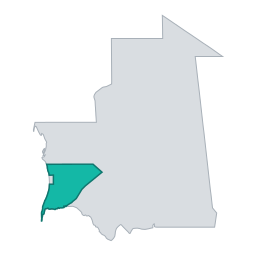 location of Trarza within Mauritania
{"feature_id": "MRT-2788", "entity_name": "Trarza", "entity_type": "Region", "adm_level": 1, "iso_a3": "MRT", "parent_name": "Mauritania", "parent_adm1": "", "projection": "robinson", "projection_center": [-15.679, 17.405], "detail": "fine", "context": "in_parent", "style": "filled", "palette": "teal", "viewbox_px": 256, "rotation_deg": 0, "n_neighbors": 0, "source": "natural_earth", "source_scale": "10m", "svg_char_len": 4760}
<svg xmlns="http://www.w3.org/2000/svg" viewBox="0 0 256 256"><path d="M108.4,239.5L108.0,239.4L106.3,238.1L105.5,236.5L104.2,235.4L102.4,234.6L101.2,233.7L100.6,232.7L100.0,232.1L99.3,231.7L99.2,231.4L99.4,230.9L99.2,230.0L98.1,227.9L97.1,227.0L96.3,227.1L95.8,226.9L95.5,226.5L95.4,225.8L94.8,225.2L93.8,225.0L93.0,223.5L92.3,220.7L91.5,218.6L90.6,217.0L89.9,216.5L89.3,216.4L89.2,216.1L89.0,215.7L88.3,215.5L87.2,216.0L86.2,215.8L85.8,215.1L85.1,215.0L84.3,215.6L83.4,215.4L82.3,214.5L81.8,213.5L81.7,212.5L79.9,210.6L76.6,207.7L72.9,206.3L68.9,206.5L66.7,206.4L66.2,205.9L65.7,205.9L65.3,206.5L64.7,206.6L64.2,206.3L63.8,206.5L63.7,207.3L62.3,207.6L59.6,207.6L57.5,208.1L55.9,209.0L53.6,209.4L50.6,209.3L48.8,208.9L48.2,208.4L47.3,208.3L46.2,208.6L45.2,210.0L44.3,212.6L43.6,214.1L43.0,214.4L42.4,216.4L42.1,219.6L41.5,221.0L41.5,212.9L42.4,209.9L42.7,207.3L44.5,201.5L46.7,196.7L48.7,190.3L49.5,184.2L49.2,178.2L48.6,172.8L47.6,169.3L46.6,164.1L45.2,161.4L42.5,159.1L41.9,157.7L42.5,157.2L44.2,156.8L45.2,155.0L43.0,155.7L45.5,150.1L46.3,146.2L46.2,143.7L46.7,142.2L44.8,138.8L43.3,134.5L42.5,133.9L41.7,133.5L41.6,134.5L41.2,135.4L40.3,134.9L38.6,131.8L36.3,126.7L35.5,126.2L34.9,126.9L34.4,127.6L33.7,131.8L33.4,130.1L33.8,128.1L34.3,125.7L35.0,122.4L37.0,122.4L40.5,122.4L47.7,122.3L51.2,122.3L58.4,122.3L61.9,122.3L69.1,122.3L72.6,122.3L79.7,122.3L83.3,122.3L90.4,122.3L94.0,122.3L96.4,122.3L96.2,119.9L96.1,118.0L95.9,115.5L95.8,112.9L95.6,110.4L95.5,108.0L95.3,105.6L95.2,103.4L95.1,101.4L94.9,100.2L94.1,97.9L93.9,96.8L94.1,95.6L94.6,94.4L96.0,92.3L98.1,90.7L100.5,88.9L102.3,87.5L103.3,87.1L106.2,86.6L108.4,85.6L110.6,84.5L111.6,84.0L111.7,82.0L111.4,38.5L122.3,38.5L125.1,38.5L145.2,38.5L148.1,38.5L162.7,38.5L162.7,36.5L162.6,33.6L162.6,29.5L162.5,25.5L162.4,18.4L162.3,15.4L165.2,17.3L171.1,21.3L174.0,23.3L179.9,27.3L185.7,31.3L191.6,35.2L194.5,37.2L197.5,39.2L200.4,41.2L203.3,43.2L209.2,47.1L211.7,48.8L215.5,51.5L219.0,54.0L222.6,56.5L217.2,56.5L210.0,56.5L205.0,56.5L200.0,56.5L195.2,56.5L195.7,60.6L196.2,65.1L196.7,69.5L197.2,74.0L197.7,78.5L199.3,91.9L199.8,96.4L200.3,100.8L200.8,105.3L201.3,109.8L202.3,118.7L202.8,123.2L203.3,127.6L203.9,132.1L204.4,136.6L204.9,141.0L205.9,150.0L206.4,154.4L206.9,158.9L207.4,163.4L207.9,167.8L208.4,172.3L208.9,176.8L209.4,181.2L210.4,190.2L211.0,194.6L211.5,199.1L212.0,203.6L212.5,207.9L214.4,210.2L216.7,213.0L216.1,217.1L215.4,221.9L214.6,227.2L208.0,227.2L201.6,227.2L185.6,227.2L182.4,227.2L166.4,227.2L163.2,227.2L157.0,227.2L155.2,227.0L154.5,226.6L154.3,223.9L153.7,224.1L153.1,224.9L152.8,225.7L152.9,226.9L152.8,227.8L150.7,228.2L148.0,228.9L145.0,229.4L142.1,229.2L141.1,229.0L140.0,228.6L137.7,228.2L136.4,228.2L134.9,228.3L133.2,228.5L132.6,229.0L131.3,231.0L130.1,233.4L129.3,233.4L128.3,232.1L125.8,229.6L122.7,226.4L121.3,224.8L120.5,224.6L119.0,225.8L117.8,226.9L116.5,228.4L115.9,229.9L115.4,231.7L115.2,233.7L114.8,236.2L113.7,238.1L112.4,239.6L111.5,240.3L111.1,240.6L108.4,239.5ZM44.1,151.5L43.1,153.3L42.7,152.6L42.5,151.4L43.4,149.8L43.8,149.0L44.6,148.6L44.1,151.5Z" fill="#d9dde1" stroke="#a8b0b8" stroke-width="1"/><path d="M66.4,206.1L66.2,205.8L66.0,205.7L65.7,205.8L65.5,206.0L65.4,206.1L65.3,206.4L65.3,206.5L65.2,206.6L64.9,206.7L64.6,206.5L64.5,206.3L64.4,206.2L64.1,206.1L63.9,206.1L63.8,206.3L63.7,206.6L63.8,206.8L64.1,207.1L64.1,207.3L64.0,207.5L63.6,207.6L62.0,207.9L61.7,207.9L61.0,207.8L60.5,207.8L60.2,207.9L59.6,208.2L59.3,208.3L59.1,208.3L58.9,208.2L58.7,207.8L58.6,207.7L58.3,207.7L58.1,207.8L57.9,208.0L57.5,208.6L57.4,208.7L57.2,208.8L56.3,208.7L56.0,208.7L55.9,208.9L55.5,209.2L55.3,209.4L55.1,209.5L54.8,209.5L54.6,209.4L54.2,209.2L53.6,209.1L52.9,208.9L52.6,208.9L52.2,208.9L51.5,208.8L51.3,208.8L50.7,209.1L50.3,209.0L50.2,209.0L49.9,209.1L49.4,209.2L49.1,209.2L48.8,209.0L48.5,208.7L48.3,208.4L48.2,208.3L48.1,208.2L47.9,208.1L47.7,208.2L47.5,208.3L47.0,208.6L46.9,208.7L46.7,208.7L46.0,208.6L45.6,208.7L45.3,208.9L45.0,209.2L44.8,209.6L44.7,209.9L44.6,210.6L44.0,213.7L43.9,213.9L43.8,214.1L43.5,214.2L43.0,214.4L42.7,214.6L42.6,215.0L42.5,216.2L42.3,216.9L42.1,217.7L42.0,217.9L41.9,219.9L41.8,220.9L41.4,221.5L41.7,218.5L41.6,216.9L41.5,213.3L41.6,212.1L41.7,211.8L42.2,210.9L42.3,210.0L42.4,209.7L42.6,209.2L42.6,207.3L42.7,206.5L44.0,203.0L44.3,202.4L44.6,201.2L44.8,200.6L45.6,199.4L46.9,196.2L47.0,195.8L47.2,195.4L48.7,190.4L49.2,188.2L49.3,185.8L49.4,184.2L53.4,184.2L53.4,179.2L53.4,175.1L49.2,175.2L48.9,173.5L48.7,172.8L47.9,170.9L47.5,168.7L47.2,167.9L47.4,167.5L47.4,167.0L46.8,164.5L46.7,164.3L77.1,164.2L77.7,164.2L93.0,164.2L102.0,172.2L89.8,182.2L85.4,185.8L81.9,189.3L76.2,198.6L72.4,201.7L72.3,201.8L72.0,202.3L71.5,202.7L70.3,203.3L68.2,204.6L66.7,205.7L66.4,206.1Z" fill="#14b8a6" stroke="#0f766e" stroke-width="1.5"/></svg>